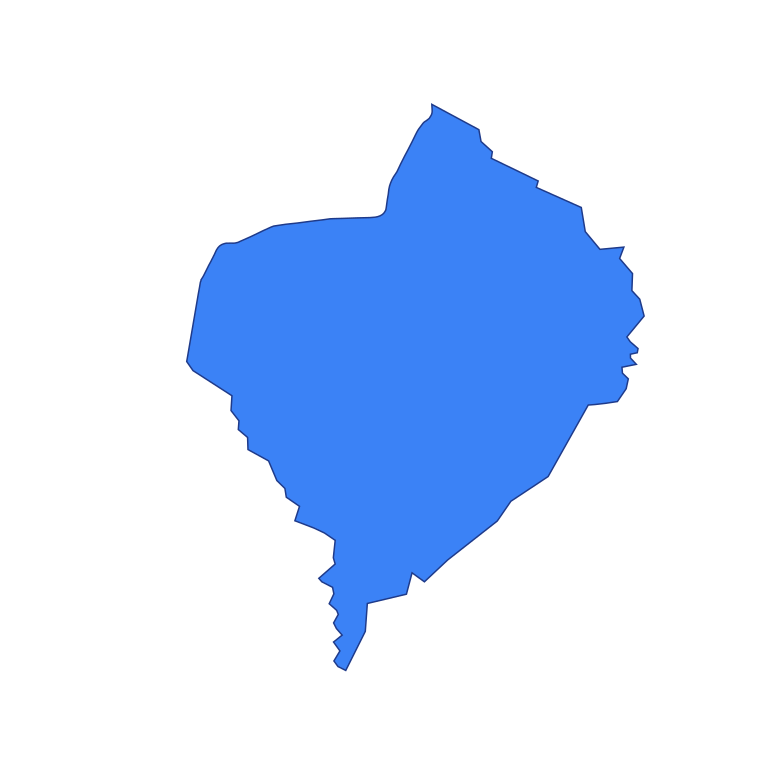 outline of Florencio Sánchez, Colonia, Uruguay, rotated 300°
{"feature_id": "84410073B84166210474683", "entity_name": "Florencio Sánchez", "entity_type": "district", "adm_level": 2, "iso_a3": "URY", "parent_name": "Uruguay", "parent_adm1": "Colonia", "projection": "natural_earth1", "projection_center": [-57.354, -33.964], "detail": "fine", "context": "isolated", "style": "filled", "palette": "blue", "viewbox_px": 768, "rotation_deg": 300, "n_neighbors": 0, "source": "geoboundaries", "source_scale": "gbopen_adm2", "svg_char_len": 2235}
<svg xmlns="http://www.w3.org/2000/svg" viewBox="0 0 768 768"><g transform="rotate(300 384 384)"><path d="M234.5,502.7L232.9,517.9L263.4,527.1L322.0,550.6L345.9,552.5L385.9,572.4L467.9,571.4L471.6,576.8L478.1,585.6L485.5,594.9L501.0,596.1L510.6,593.0L512.6,585.1L517.5,581.7L522.8,587.7L527.2,592.7L529.7,584.5L533.0,582.5L537.7,587.7L541.7,586.3L543.7,576.1L546.2,570.8L572.9,575.3L585.3,563.1L588.8,552.0L603.9,544.0L610.5,525.3L622.5,523.3L608.6,503.7L616.6,482.1L635.5,466.6L630.4,417.6L636.9,416.0L633.1,364.1L639.3,361.7L642.5,346.8L651.7,339.0L650.1,285.6L645.5,288.6L644.2,289.4L643.1,289.9L641.8,290.3L640.4,290.5L636.7,290.4L634.9,289.7L633.0,288.9L632.1,288.4L630.8,287.8L629.2,287.4L627.4,287.2L622.6,286.6L621.2,286.5L618.7,286.5L615.1,286.7L608.0,287.2L598.0,287.7L591.8,287.9L582.9,288.4L574.3,289.1L568.1,288.7L564.5,288.8L561.3,289.2L558.3,289.8L554.9,290.9L550.5,292.8L545.6,294.6L541.4,296.3L538.0,297.7L535.8,298.5L534.0,298.6L531.8,298.4L529.9,297.8L527.8,296.6L525.8,294.9L524.1,293.0L521.0,288.5L514.1,277.2L506.8,265.5L502.2,258.0L500.1,254.7L495.2,248.4L488.4,239.3L480.4,228.9L473.1,218.9L467.6,212.0L465.6,209.5L463.4,207.7L456.4,202.7L445.1,195.0L435.9,188.3L434.3,187.2L433.4,186.5L432.5,185.5L431.8,184.8L431.0,183.7L430.4,182.7L429.8,181.6L428.8,179.9L427.8,178.3L427.4,177.5L426.9,176.8L426.0,175.8L424.8,174.7L423.8,173.9L422.6,173.2L421.3,172.6L419.7,172.2L418.5,172.0L417.7,172.0L416.4,171.9L414.9,172.0L410.8,172.4L409.8,172.4L407.4,172.6L406.1,172.6L403.5,172.8L403.0,172.8L398.8,172.9L397.6,173.0L387.6,173.6L385.5,173.6L383.3,173.5L383.0,173.4L382.6,173.6L382.4,173.7L381.9,173.8L381.5,173.9L381.1,174.0L380.7,174.0L380.3,174.1L375.2,176.0L369.0,178.2L364.7,179.8L310.0,200.0L304.8,201.9L300.1,211.9L297.8,258.2L284.5,264.8L279.6,276.8L271.7,280.6L269.5,292.6L259.2,299.0L259.7,322.5L246.8,339.5L244.0,350.4L237.1,356.0L235.8,372.0L221.0,375.2L224.2,395.1L225.2,406.9L224.2,419.9L208.2,427.0L203.7,431.7L183.1,424.7L181.6,429.1L182.2,441.1L177.2,445.5L166.3,446.4L164.3,456.2L161.6,459.6L151.9,459.8L148.4,465.1L145.6,473.3L135.3,469.3L130.8,479.3L119.1,479.1L116.3,485.4L116.8,494.1L160.4,491.5L185.6,479.3L213.2,508.5L234.5,502.7Z" fill="#3b82f6" stroke="#1e3a8a" stroke-width="1.5"/></g></svg>